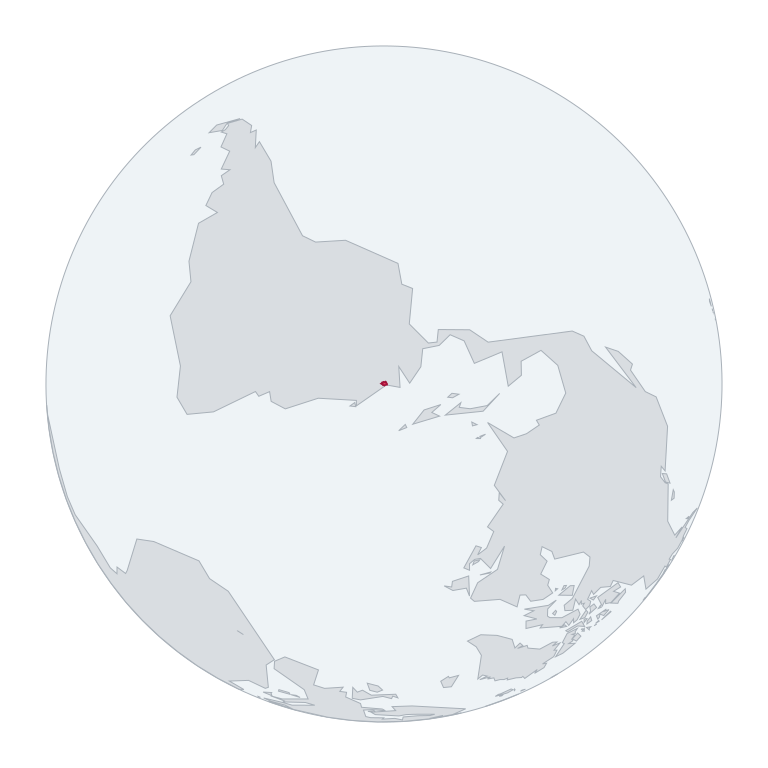 the Earth from above Carabobo, rotated 147°
{"feature_id": "VEN-33", "entity_name": "Carabobo", "entity_type": "State", "adm_level": 1, "iso_a3": "VEN", "parent_name": "Venezuela", "parent_adm1": "", "projection": "orthographic", "projection_center": [-67.927, 10.207], "detail": "coarse", "context": "on_globe", "style": "filled", "palette": "rose", "viewbox_px": 768, "rotation_deg": 147, "n_neighbors": 0, "source": "natural_earth", "source_scale": "10m", "svg_char_len": 8971}
<svg xmlns="http://www.w3.org/2000/svg" viewBox="0 0 768 768"><g transform="rotate(147 384 384)"><circle cx="384" cy="384" r="338" fill="#eef3f6" stroke="#a8b0b8"/><path d="M324.5,394.2L316.7,390.3L308.8,400.1L282.6,382.8L273.9,362.4L197.3,325.9L190.3,315.2L191.7,298.7L174.5,243.6L178.1,294.3L169.8,283.8L164.8,265.4L169.7,261.4L169.0,235.3L162.8,225.0L169.2,194.1L195.6,158.0L196.3,164.0L202.6,155.6L202.0,148.1L200.1,145.4L220.8,114.4L222.5,98.9L211.8,101.8L223.0,96.0L195.0,108.0L188.7,109.4L202.8,103.4L209.6,99.7L208.7,97.7L215.5,93.6L219.0,90.7L227.2,86.3L234.8,84.4L240.2,81.8L239.3,80.8L247.0,76.6L247.5,78.3L260.9,71.5L276.0,69.3L270.7,81.6L286.0,80.5L298.8,94.4L304.5,90.9L313.0,95.4L322.8,93.4L322.4,97.6L330.5,92.6L329.0,89.2L332.1,86.2L337.7,85.0L338.2,89.7L335.4,91.0L338.5,91.9L336.3,94.9L340.6,92.7L340.5,99.3L348.9,91.4L355.7,95.4L353.4,100.3L342.8,101.6L311.1,119.5L305.5,126.7L308.2,134.4L336.2,144.2L334.4,152.1L340.0,161.5L345.9,155.7L343.7,146.6L356.1,139.2L351.8,130.0L356.3,126.1L356.3,116.9L367.9,116.7L379.3,121.9L379.9,129.9L384.9,132.9L393.8,124.6L404.0,140.2L426.6,152.5L428.0,157.3L413.7,166.3L389.8,166.7L371.2,182.4L395.1,171.2L398.1,185.2L403.5,187.5L410.2,186.7L413.7,181.2L417.2,186.3L395.0,198.2L391.4,193.8L398.5,189.7L387.3,190.5L372.3,200.5L375.0,207.8L349.5,218.3L351.1,224.0L346.5,230.1L345.6,220.0L346.7,238.9L317.1,260.2L318.1,295.3L304.4,268.0L291.6,264.7L276.1,265.0L275.9,270.6L255.7,265.9L236.5,277.4L228.1,305.0L234.0,326.7L256.6,328.4L264.0,316.5L281.0,314.5L267.5,346.7L297.0,352.1L293.3,376.5L301.7,389.3L316.7,386.3L332.3,392.5L343.7,378.4L362.0,370.7L362.1,390.6L372.4,372.4L382.5,381.9L419.0,380.7L416.1,385.3L446.9,407.9L480.3,416.9L488.1,430.9L484.1,439.9L495.7,441.9L495.9,447.7L542.2,453.5L565.7,465.8L564.8,485.7L544.9,510.0L526.2,557.7L490.2,574.9L480.7,593.2L452.0,619.8L430.3,618.6L436.2,630.7L423.9,638.2L409.6,638.9L407.0,647.3L396.5,647.6L403.4,652.9L386.6,663.3L391.6,671.6L379.5,679.4L383.2,683.9L378.5,683.7L373.6,685.3L373.3,687.8L358.7,683.4L354.2,672.9L359.1,667.6L352.8,666.6L363.2,652.3L356.5,655.1L357.4,632.4L366.5,612.7L371.6,552.7L364.1,540.3L338.0,525.5L306.6,477.5L314.7,458.0L308.0,448.5L330.1,420.6L324.5,394.2ZM64.6,278.4L67.2,270.8L66.0,276.0L64.6,278.4ZM68.6,266.0L67.7,268.6L68.4,266.4L68.6,266.0ZM69.0,264.3L68.7,265.6L68.7,264.9L69.0,264.3ZM69.2,262.9L69.2,263.3L69.1,263.6L69.2,262.9ZM315.7,307.2L349.5,324.5L329.7,326.5L333.6,323.4L325.2,316.3L309.2,309.7L292.1,313.1L315.7,307.2ZM70.5,258.6L71.0,257.3L71.3,256.9L70.5,258.6ZM332.1,287.9L326.2,286.6L332.0,286.5L332.1,287.9ZM198.1,145.1L201.3,148.5L199.3,157.3L195.9,154.7L198.1,145.1ZM202.9,130.2L206.3,130.0L199.0,137.8L199.3,135.4L202.9,130.2ZM202.5,105.5L203.8,106.5L200.2,107.0L202.5,105.5ZM218.1,91.1L215.6,92.4L218.4,90.4L218.1,91.1ZM349.9,117.7L353.0,117.3L351.4,119.2L349.9,117.7ZM346.9,114.4L342.8,116.9L340.7,115.7L343.3,114.2L346.9,114.4ZM233.6,82.3L239.0,79.3L234.8,81.9L233.6,82.3ZM352.4,111.7L337.7,113.4L334.3,111.4L341.2,104.2L352.4,111.7ZM243.0,77.4L256.0,71.3L251.6,73.1L271.6,65.5L253.9,72.6L249.4,75.2L248.1,75.2L243.0,77.4ZM326.1,88.8L327.9,92.2L321.2,90.6L326.1,88.8ZM321.0,88.6L296.0,89.9L296.1,84.9L304.4,85.1L300.4,80.3L312.7,77.1L317.8,79.1L315.3,82.7L321.9,78.9L321.0,88.6ZM280.6,62.8L284.8,61.4L281.8,62.6L280.6,62.8ZM332.8,84.8L327.7,85.2L327.4,80.8L337.5,79.3L334.4,81.1L332.8,84.8ZM293.2,80.9L294.8,77.8L305.3,74.2L307.3,72.7L313.0,76.7L293.2,80.9ZM337.3,81.6L342.7,78.7L347.9,79.9L337.7,84.2L337.3,81.6ZM323.1,80.5L323.4,78.4L326.5,79.0L323.1,80.5ZM369.6,83.8L363.5,83.6L362.8,81.2L369.6,83.8ZM344.3,77.7L342.5,77.3L341.5,76.5L346.1,75.0L344.3,77.7ZM320.0,74.2L324.0,73.6L318.2,72.3L325.8,70.1L328.2,73.4L330.4,71.1L332.7,70.4L332.1,73.9L320.0,74.2ZM347.8,71.4L353.5,75.7L365.0,76.1L365.9,78.1L347.4,77.3L347.8,71.4ZM338.6,72.5L344.5,72.2L342.7,74.5L337.5,76.2L338.6,72.5ZM330.0,67.7L317.8,70.1L317.6,69.4L330.0,67.7ZM351.5,70.9L350.0,70.0L352.5,70.7L351.5,70.9ZM337.0,68.0L332.7,68.8L332.7,67.9L337.0,68.0ZM350.7,67.6L352.5,68.9L349.1,69.9L350.7,67.6ZM344.7,67.4L345.8,66.0L346.8,69.5L342.8,67.8L344.7,67.4ZM337.7,67.0L336.3,66.8L339.5,66.8L337.7,67.0ZM362.7,63.6L364.8,67.7L357.2,69.7L356.2,65.3L362.7,63.6ZM383.3,692.3L360.1,685.0L373.0,688.4L381.5,684.7L393.8,690.0L383.3,692.3ZM408.5,682.3L418.6,679.9L421.1,681.1L414.7,683.1L408.5,682.3ZM652.4,178.7L653.8,180.8L644.2,169.3L634.8,157.5L652.4,178.7ZM617.9,140.1L617.7,139.9L616.9,139.2L617.9,140.1ZM613.9,136.3L613.6,136.2L631.6,154.7L637.1,160.3L641.9,168.6L651.4,179.2L655.9,186.2L641.6,171.2L636.0,164.7L617.0,152.3L623.4,159.7L641.7,172.3L640.1,172.4L648.9,184.2L640.9,175.3L619.2,161.2L617.4,171.1L631.2,205.1L626.8,211.1L615.8,209.1L594.7,179.9L606.9,170.0L599.6,161.1L583.4,152.0L588.5,150.3L583.3,145.8L586.6,142.4L577.7,128.8L578.9,125.1L562.4,112.3L560.8,109.2L571.1,117.3L578.8,121.7L580.4,115.0L576.9,111.4L566.0,104.1L567.8,103.8L557.1,97.7L551.5,92.2L549.3,94.3L536.4,87.4L526.0,80.9L521.3,79.4L538.3,90.4L545.5,94.7L552.3,97.5L571.4,111.5L573.6,115.8L552.1,103.7L552.9,109.0L535.8,98.7L500.4,72.9L492.4,67.1L506.5,69.4L515.9,73.3L515.5,74.1L527.9,78.7L521.1,75.7L522.6,76.0L510.7,70.9L511.2,71.0L499.0,66.4L498.2,66.0L506.0,68.9L504.1,68.1L528.0,78.3L551.1,90.3L573.2,104.0L594.2,119.4L613.9,136.3ZM282.9,61.6L271.6,65.5L251.6,73.1L282.9,61.6ZM678.4,550.0L682.7,541.8L702.4,489.8L710.9,462.0L714.2,442.6L712.8,404.2L713.7,378.9L711.3,370.3L707.6,375.9L703.9,365.8L700.9,367.5L675.7,388.6L662.9,377.3L635.5,336.4L636.3,315.8L627.5,295.0L626.1,212.5L635.9,212.5L646.2,192.6L649.3,193.4L659.0,209.2L675.5,219.1L667.9,204.1L671.8,206.9L683.6,227.7L694.0,249.4L702.7,271.7L709.9,294.6L715.4,318.0L719.3,341.6L721.4,365.5L721.9,389.5L720.6,413.5L717.7,437.3L713.1,460.8L706.8,484.0L698.9,506.6L689.4,528.7L678.4,550.0ZM638.4,250.4L641.2,256.7L641.3,256.7L638.4,250.4ZM420.1,380.4L424.5,384.1L418.6,384.4L420.1,380.4ZM326.7,334.6L334.0,335.1L337.7,338.2L332.1,339.2L326.7,334.6ZM388.6,335.1L397.1,336.8L388.2,338.5L388.6,335.1ZM354.9,326.8L381.8,334.6L364.5,340.4L347.5,335.8L359.4,334.1L354.9,326.8ZM328.1,299.2L332.6,300.7L331.1,304.3L328.1,299.2ZM336.3,288.0L334.6,288.3L332.4,285.4L336.3,288.0ZM399.4,184.4L401.3,183.6L408.0,184.0L404.7,186.4L399.4,184.4ZM438.7,173.3L443.5,181.9L437.8,176.9L434.1,181.2L417.5,176.9L427.8,159.6L426.1,167.9L438.7,173.3ZM398.2,167.8L407.6,171.6L396.9,168.2L398.2,167.8ZM551.9,128.1L557.5,129.2L562.7,134.8L561.0,142.2L553.4,133.9L551.9,128.1ZM564.1,129.9L543.1,117.4L543.3,113.2L546.7,117.5L549.0,116.0L555.1,122.6L575.8,131.9L581.8,137.7L575.4,146.6L574.2,140.1L568.8,138.9L564.1,129.9ZM489.3,102.0L480.2,99.0L492.4,93.4L499.4,97.0L498.3,103.8L489.2,103.7L489.3,102.0ZM367.6,99.7L363.3,100.7L363.2,99.1L366.7,97.0L367.6,99.7ZM366.8,83.9L386.0,94.4L382.1,95.8L398.1,101.6L394.0,107.8L383.8,103.7L392.6,113.4L381.8,112.2L388.9,118.7L366.6,108.8L357.2,108.9L369.2,106.2L373.3,100.3L372.2,97.8L362.1,91.1L343.9,89.5L344.9,84.2L350.5,81.0L355.0,80.5L352.9,83.9L360.5,80.9L360.9,85.6L366.8,83.9ZM415.3,59.3L411.0,61.1L426.3,60.4L426.8,63.2L428.5,62.9L433.2,65.6L441.8,68.7L440.5,70.0L444.4,70.8L447.6,72.9L452.6,74.6L451.9,77.7L457.9,80.2L454.1,80.4L464.7,83.9L456.5,82.8L459.8,86.2L466.0,85.5L450.1,103.4L449.8,113.4L454.0,122.9L439.4,121.0L426.1,111.6L415.6,100.0L418.0,91.3L411.0,92.6L410.0,89.0L416.0,89.5L406.3,86.8L407.1,84.1L397.7,76.8L383.2,75.6L379.4,73.4L385.5,72.6L377.4,71.0L386.4,68.1L383.9,66.6L390.2,62.9L403.5,62.9L399.7,61.3L404.3,59.0L415.3,59.3ZM364.9,62.5L380.6,60.8L388.6,61.8L374.2,68.1L375.3,69.9L366.3,75.0L354.9,73.7L358.5,72.2L359.4,70.6L362.6,71.6L360.7,69.6L365.6,67.7L365.4,65.8L370.5,65.7L364.9,62.5ZM646.2,186.4L647.3,185.9L647.7,183.6L653.2,191.5L646.2,186.4ZM631.7,176.9L631.8,174.9L639.8,183.9L638.6,184.9L631.7,176.9ZM625.1,166.8L631.2,174.1L627.2,170.7L625.1,166.8ZM570.4,115.5L569.7,113.6L572.3,115.1L575.8,118.2L570.4,115.5ZM460.8,61.4L457.1,61.4L455.2,60.7L443.5,59.0L442.2,57.3L448.7,57.7L460.8,61.4ZM658.3,188.5L660.1,189.7L659.8,190.7L658.3,188.5ZM457.5,59.3L452.8,58.7L455.0,58.3L457.5,59.3ZM440.6,56.2L442.1,55.5L440.6,57.0L440.6,56.2ZM474.9,58.5L456.5,54.1L439.8,50.7L457.6,54.2L469.5,57.1L470.5,57.3L474.9,58.5ZM401.8,46.5L404.2,46.8L398.3,46.5L396.3,46.3L397.2,46.3L401.8,46.5ZM431.6,51.0L436.9,52.0L434.9,52.1L431.6,51.0ZM283.5,61.7L284.7,61.5L281.2,62.5L283.5,61.7Z" fill="#d9dde1" stroke="#a8b0b8" stroke-width="1"/><path d="M382.1,381.7L382.4,382.1L382.8,382.3L383.5,382.3L383.9,382.5L384.3,382.4L384.3,383.0L384.6,383.3L385.0,383.2L385.5,383.3L385.6,383.5L385.5,383.8L385.6,384.6L385.4,384.8L385.4,385.1L385.5,385.0L386.2,385.3L386.3,385.8L386.1,385.7L385.9,386.0L385.7,386.0L385.3,386.2L385.3,385.9L385.1,385.9L384.9,385.7L384.7,385.6L384.8,386.2L384.3,386.3L383.6,386.2L383.7,385.9L383.2,386.1L382.2,385.3L382.1,385.1L382.4,384.8L382.2,384.5L381.8,384.8L381.6,385.2L381.4,385.3L381.3,385.2L381.2,384.8L381.1,384.2L381.5,383.7L381.3,383.1L381.3,382.3L381.5,382.0L381.8,382.0L382.1,381.7Z" fill="#f43f5e" stroke="#9f1239" stroke-width="1.5"/></g></svg>